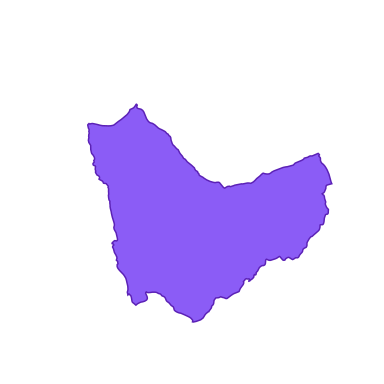 Confines, Santander, Colombia (Albers equal-area conic projection), rotated 47°
{"feature_id": "7082276B80163304219298", "entity_name": "Confines", "entity_type": "district", "adm_level": 2, "iso_a3": "COL", "parent_name": "Colombia", "parent_adm1": "Santander", "projection": "albers", "projection_center": [-73.237, 6.361], "detail": "fine", "context": "isolated", "style": "filled", "palette": "violet", "viewbox_px": 384, "rotation_deg": 47, "n_neighbors": 0, "source": "geoboundaries", "source_scale": "gbopen_adm2", "svg_char_len": 6049}
<svg xmlns="http://www.w3.org/2000/svg" viewBox="0 0 384 384"><g transform="rotate(47 192 192)"><path d="M291.0,261.2L290.7,260.7L290.1,257.3L289.7,256.4L289.1,255.8L288.9,255.4L288.9,254.0L288.7,253.0L288.3,252.2L286.3,249.8L285.7,247.0L285.9,246.6L287.4,244.7L287.9,243.6L288.2,242.4L289.7,241.7L291.3,240.6L292.8,240.0L293.4,239.5L293.8,238.8L294.3,233.7L294.8,230.9L296.8,225.8L296.8,225.3L296.6,224.8L296.0,223.7L295.4,222.0L294.6,217.7L294.1,216.6L293.5,215.9L292.5,215.4L292.5,213.7L292.1,213.0L292.2,212.0L292.5,211.3L293.2,211.1L294.0,210.0L294.5,209.5L294.9,209.4L295.1,209.5L295.8,211.0L296.0,211.2L296.4,210.5L296.3,209.3L296.6,207.5L296.6,206.3L296.4,204.9L295.5,203.9L295.0,202.9L295.0,202.6L295.7,202.4L296.0,201.8L295.7,201.0L294.7,200.0L294.5,197.8L293.4,194.8L293.2,194.1L293.4,191.6L293.9,190.6L294.4,190.1L294.8,189.2L294.9,188.2L294.3,187.0L292.1,184.6L291.9,183.8L291.9,183.5L292.2,183.2L293.6,182.7L294.5,182.2L295.5,181.2L297.6,176.8L298.2,175.1L298.7,172.1L299.3,171.8L303.3,172.0L303.9,171.9L304.6,171.4L305.1,170.6L305.1,170.2L304.7,168.9L305.1,166.9L305.5,166.1L306.0,165.7L307.3,165.3L309.0,164.9L310.1,164.4L310.5,162.8L310.8,160.9L311.9,160.0L312.3,159.0L312.2,158.0L311.6,156.6L311.3,155.0L311.2,152.8L310.8,151.6L309.9,150.4L309.6,149.6L309.7,148.2L310.3,146.2L310.2,145.8L309.9,145.1L309.5,144.4L307.7,142.7L307.2,141.7L306.2,138.4L305.9,136.7L305.8,136.0L305.9,135.3L306.2,134.9L306.4,134.2L306.4,131.6L306.5,129.8L306.6,126.3L306.5,125.1L306.3,124.5L305.9,123.7L305.5,123.2L305.1,122.5L303.5,120.9L303.5,120.5L303.7,120.2L304.8,119.0L305.0,118.5L305.0,118.0L304.7,117.2L303.8,115.8L301.3,112.9L299.7,109.9L299.9,108.9L300.5,108.2L300.6,107.7L300.4,107.0L300.2,106.6L298.5,104.9L298.2,104.5L297.7,104.1L296.0,104.1L295.0,104.0L294.1,103.7L292.6,103.2L291.5,102.5L290.5,101.0L287.1,99.4L285.6,98.3L284.4,97.8L284.1,97.8L283.4,98.0L282.5,98.1L282.0,97.9L282.2,97.3L282.4,96.1L282.2,95.0L280.7,91.7L280.1,91.2L279.0,89.7L278.9,89.0L279.3,87.9L281.3,84.1L279.6,83.5L272.4,79.7L268.0,78.1L265.5,77.5L263.7,77.2L261.5,77.1L259.6,77.4L258.5,77.3L257.3,76.9L256.5,76.5L254.8,75.0L254.2,74.8L252.3,74.8L251.9,74.5L251.8,73.5L251.5,73.3L249.8,73.4L247.6,79.5L246.2,81.0L245.7,82.5L245.5,83.7L243.8,86.8L244.0,87.3L244.1,88.3L243.6,90.4L241.4,96.3L241.2,97.1L241.4,99.0L241.3,99.8L238.6,104.9L237.4,106.6L236.2,108.6L232.5,117.6L231.9,119.8L231.8,121.6L231.6,122.4L231.3,123.3L230.1,124.8L228.4,126.2L226.8,127.1L226.6,127.6L226.5,129.3L226.6,131.5L226.3,135.5L226.5,138.0L226.5,140.1L225.8,143.1L225.1,143.5L223.9,144.6L223.1,145.5L220.7,149.4L219.7,150.4L216.2,156.0L215.8,157.1L214.5,159.9L214.1,160.4L213.4,160.6L212.9,161.2L212.2,162.2L211.9,163.3L211.6,164.9L211.4,165.5L210.2,165.9L203.8,165.5L202.9,166.0L201.9,167.1L200.9,168.7L199.5,169.8L196.7,171.5L193.2,173.0L190.0,173.8L188.6,174.0L185.8,175.0L184.6,175.2L183.9,174.9L183.5,174.6L181.5,174.5L181.1,174.1L180.0,174.2L179.3,174.5L178.7,174.6L177.4,174.4L176.0,173.8L172.0,174.1L166.7,174.9L163.6,174.6L161.6,175.2L159.1,174.6L156.3,174.5L154.9,174.3L152.7,173.6L151.5,173.3L150.6,173.6L148.9,173.7L146.3,173.6L144.9,173.8L143.3,173.5L141.7,172.8L139.9,172.0L137.6,170.4L136.5,170.1L135.0,170.4L133.5,170.0L132.0,170.5L129.7,170.4L128.3,170.8L125.5,171.8L123.7,172.6L122.3,173.0L117.6,173.4L114.9,174.1L113.0,175.3L112.2,175.6L111.3,175.7L109.9,175.7L107.5,175.3L100.7,172.7L98.7,172.4L96.7,172.8L94.0,174.6L93.3,174.8L92.1,174.4L91.1,172.8L90.0,172.7L89.8,173.1L90.4,175.4L90.6,177.2L90.2,178.9L89.4,181.1L89.9,181.9L90.5,183.2L91.0,185.8L91.1,186.9L90.7,194.3L90.2,197.7L89.8,203.0L89.5,204.1L88.2,206.2L86.8,207.9L82.5,212.2L80.5,213.7L77.9,215.3L74.5,217.7L73.9,218.2L73.4,218.9L72.5,220.4L72.0,220.7L71.7,220.7L71.7,222.2L72.1,222.7L74.6,224.2L76.2,224.7L76.6,225.1L77.3,226.1L79.0,227.1L79.2,227.7L79.6,228.3L80.9,229.7L82.1,230.5L82.3,231.0L83.6,232.6L85.5,233.7L86.6,233.9L88.8,234.3L91.9,237.1L94.6,238.7L95.5,239.1L97.7,239.2L99.6,239.6L100.6,240.1L101.2,240.5L101.7,241.1L102.0,242.4L103.4,243.1L103.5,244.4L103.8,245.2L104.4,245.6L105.1,245.8L105.8,245.6L106.8,245.1L107.4,245.1L107.8,245.4L108.1,245.9L109.4,247.3L110.1,247.7L111.0,248.1L111.3,248.4L111.5,249.0L112.5,249.4L114.8,249.9L116.4,249.3L117.0,249.3L117.8,249.4L118.3,249.7L119.0,250.5L119.0,251.0L119.3,251.3L122.9,250.1L123.9,250.2L124.8,250.6L125.2,250.7L127.4,249.0L127.8,249.0L128.5,249.2L128.8,249.1L130.6,249.3L131.5,250.4L131.9,250.4L132.7,250.8L134.7,252.7L136.3,254.0L137.0,254.7L137.3,255.3L139.2,256.8L141.2,258.1L142.2,258.2L142.9,258.5L144.0,259.6L145.8,260.9L146.5,261.6L148.0,262.7L151.4,264.6L152.7,265.5L156.2,267.5L161.4,270.0L162.8,270.9L163.6,271.7L164.5,273.2L165.3,273.8L166.4,274.4L170.0,275.3L174.9,278.1L176.1,279.0L176.4,279.8L176.4,280.3L176.1,280.7L174.9,281.6L174.7,282.0L174.7,284.9L175.1,285.6L175.4,285.7L176.5,285.0L177.2,285.2L177.5,285.5L177.5,286.7L177.8,287.3L178.2,287.7L179.8,288.1L183.4,290.0L186.5,290.7L187.5,291.1L188.0,291.2L188.7,291.6L189.3,292.1L190.0,293.4L190.4,293.9L191.2,293.8L191.4,293.6L192.2,293.8L193.3,294.7L194.0,295.0L194.1,295.6L194.0,296.1L194.2,296.4L195.5,297.6L196.7,298.1L197.7,298.3L199.9,298.5L205.6,298.4L207.0,298.6L209.9,299.2L211.5,300.0L217.1,303.2L219.4,305.1L220.3,306.2L221.1,307.6L223.6,309.1L223.6,307.6L226.2,307.5L227.7,308.2L230.7,310.2L231.7,310.7L232.7,310.7L233.7,310.5L236.5,310.2L236.6,308.0L237.4,305.2L237.8,304.3L238.7,302.9L239.6,301.0L240.0,299.0L239.9,298.3L239.5,297.4L238.9,296.8L237.9,296.2L234.5,295.0L234.0,294.4L233.9,293.6L234.9,293.3L235.9,292.5L237.3,290.7L238.3,289.2L240.4,287.0L241.7,286.2L243.2,285.8L245.0,284.7L245.5,284.6L247.3,284.8L249.6,283.8L250.3,283.7L251.5,283.9L253.8,284.8L254.5,284.9L255.7,284.8L256.3,284.6L257.6,284.4L260.8,284.6L263.3,284.0L264.7,284.6L265.9,285.3L266.5,285.5L267.9,285.4L269.8,284.8L271.6,283.9L273.1,282.8L277.0,281.1L280.7,279.6L282.6,279.0L283.5,278.9L285.9,278.9L286.7,279.3L287.3,280.2L288.0,279.7L289.5,277.2L291.4,272.8L291.7,269.7L290.7,266.2L290.5,264.5L290.7,261.8L291.0,261.2Z" fill="#8b5cf6" stroke="#5b21b6" stroke-width="1.5"/></g></svg>